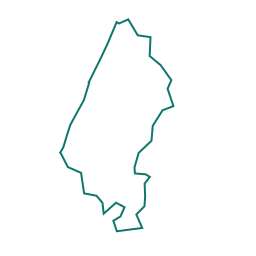 Bagat, Khorezm, Uzbekistan (orthographic projection), rotated 116°
{"feature_id": "79887680B39463987044413", "entity_name": "Bagat", "entity_type": "district", "adm_level": 2, "iso_a3": "UZB", "parent_name": "Uzbekistan", "parent_adm1": "Khorezm", "projection": "orthographic", "projection_center": [60.845, 41.311], "detail": "fine", "context": "isolated", "style": "outline", "palette": "teal", "viewbox_px": 256, "rotation_deg": 116, "n_neighbors": 0, "source": "geoboundaries", "source_scale": "gbopen_adm2", "svg_char_len": 693}
<svg xmlns="http://www.w3.org/2000/svg" viewBox="0 0 256 256"><g transform="rotate(116 128 128)"><path d="M211.6,71.4L202.1,82.6L191.1,78.9L181.8,82.7L170.6,88.7L162.4,86.9L161.9,91.8L165.8,101.9L160.5,104.9L145.7,107.5L129.2,101.3L115.2,106.7L96.9,104.7L88.4,96.8L75.4,109.6L66.0,110.0L57.2,126.2L53.8,140.1L36.5,147.6L40.4,159.9L30.3,175.4L38.0,181.9L37.8,184.6L62.0,183.3L77.8,183.1L104.3,183.3L104.3,182.7L122.3,179.9L142.8,180.9L150.1,181.2L157.9,180.2L173.6,177.7L179.9,178.1L179.9,177.7L189.5,164.9L188.9,150.5L206.0,138.8L202.7,126.6L206.4,118.2L215.6,112.3L200.4,106.0L200.7,96.4L210.8,96.0L217.8,100.5L225.7,92.8L211.6,71.4Z" fill="none" stroke="#0f766e" stroke-width="2"/></g></svg>